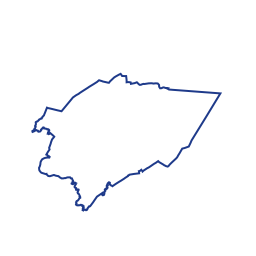 Kaunatas pag., Rezeknes, Latvia, rotated 154°
{"feature_id": "27541924B36939981885438", "entity_name": "Kaunatas pag.", "entity_type": "district", "adm_level": 2, "iso_a3": "LVA", "parent_name": "Latvia", "parent_adm1": "Rezeknes", "projection": "equal_earth", "projection_center": [27.649, 56.307], "detail": "fine", "context": "isolated", "style": "outline", "palette": "blue", "viewbox_px": 256, "rotation_deg": 154, "n_neighbors": 0, "source": "geoboundaries", "source_scale": "gbopen_adm2", "svg_char_len": 5520}
<svg xmlns="http://www.w3.org/2000/svg" viewBox="0 0 256 256"><g transform="rotate(154 128 128)"><path d="M100.0,165.2L102.3,165.4L106.0,166.4L105.6,167.8L106.7,168.6L108.0,169.3L109.2,169.7L108.2,171.8L106.9,175.5L110.5,177.3L110.6,178.3L110.9,179.9L112.9,179.9L116.5,179.7L118.3,179.5L122.4,178.2L123.8,177.8L125.2,177.0L125.8,177.3L130.3,180.9L130.8,181.5L133.1,183.6L134.4,183.3L135.4,183.0L139.8,182.5L145.1,182.0L146.3,181.8L153.2,181.0L156.3,180.6L157.5,180.3L158.6,180.3L160.3,180.2L164.1,179.6L165.0,179.2L165.6,178.9L172.0,176.0L180.4,172.2L181.2,172.8L181.5,173.1L183.5,174.7L189.0,179.3L191.3,181.1L191.9,181.8L196.6,177.5L197.0,177.2L197.9,176.3L198.2,176.1L199.9,175.6L200.4,175.0L200.6,175.0L200.8,174.8L201.1,174.7L201.3,174.5L201.6,174.7L201.8,174.7L202.0,174.5L202.4,174.7L203.5,174.5L204.0,174.6L204.5,174.4L204.6,174.2L204.8,174.1L205.2,174.1L206.3,173.6L206.8,173.6L207.0,173.8L208.3,173.7L208.5,173.5L208.9,172.2L209.3,171.5L210.3,170.9L210.3,170.5L210.6,170.2L210.4,170.0L210.5,169.8L210.4,169.7L210.5,169.5L210.8,169.4L211.0,169.2L211.2,168.9L211.4,168.8L211.5,168.7L211.8,168.5L211.9,168.3L212.4,168.4L212.8,167.9L213.1,167.7L213.7,167.3L215.9,167.2L215.7,167.1L215.7,166.9L215.5,166.7L215.4,166.5L215.4,166.3L213.2,166.2L212.4,166.5L211.1,166.2L210.8,165.6L210.8,165.4L210.6,165.1L210.1,164.9L210.1,164.5L210.2,164.0L210.1,163.9L209.8,163.8L209.5,163.9L208.8,163.4L207.9,163.6L206.6,164.4L206.7,164.7L204.0,165.7L203.5,165.4L203.5,165.0L203.6,164.6L203.6,164.4L203.1,164.3L203.0,164.1L202.9,164.1L202.7,163.7L201.6,163.0L201.3,162.7L201.2,162.1L200.6,161.9L200.6,162.0L200.1,161.7L199.8,160.9L200.7,160.0L200.4,159.8L201.3,159.1L201.9,159.0L202.6,158.1L202.2,157.9L201.9,157.2L200.6,157.2L200.1,157.5L198.7,154.3L198.2,152.9L198.1,152.5L201.3,151.0L201.7,150.6L202.0,150.3L203.5,148.9L204.3,147.9L207.6,144.7L207.9,143.1L210.7,141.5L213.0,139.9L212.8,139.7L212.5,139.5L212.3,139.3L212.3,139.1L212.5,138.5L212.5,138.4L212.2,138.0L211.9,137.8L211.6,137.3L211.3,137.1L211.3,136.8L211.1,136.4L211.7,135.9L213.4,136.8L215.7,137.5L217.0,137.6L218.9,137.5L220.5,136.5L221.3,135.9L221.9,135.1L222.9,133.5L224.2,132.1L225.4,131.2L226.1,129.3L226.2,128.8L226.2,128.5L225.9,127.0L225.7,126.2L225.4,125.8L225.1,125.4L221.9,122.4L221.4,122.4L221.5,122.0L220.7,119.8L219.3,118.9L215.3,118.3L215.1,118.2L213.9,116.9L212.1,115.5L211.6,115.2L210.9,113.4L210.6,113.1L209.8,111.8L208.3,111.1L207.0,110.8L206.3,110.4L204.2,110.2L202.2,109.3L201.6,108.9L201.5,107.9L200.5,107.3L200.6,105.7L200.5,104.8L200.7,104.6L200.8,104.2L201.3,104.1L201.7,103.7L201.8,103.5L201.9,103.3L202.2,103.1L202.9,102.9L203.0,102.9L203.1,102.7L202.9,102.4L202.3,101.7L202.1,101.6L201.7,101.7L201.3,102.0L201.0,102.2L200.4,102.2L200.0,102.4L199.7,102.3L199.3,101.7L199.9,101.8L200.2,101.6L200.1,101.3L199.7,100.7L200.0,100.4L200.0,100.2L199.9,100.1L201.5,99.0L201.7,98.7L201.9,98.3L201.9,97.9L201.0,96.9L200.9,96.6L200.9,96.4L201.0,96.2L201.6,95.8L201.7,95.4L201.7,95.1L201.4,95.0L199.7,94.6L199.4,94.4L199.4,94.2L199.6,93.9L201.0,92.8L201.5,92.4L201.6,92.2L201.6,91.6L201.7,91.3L201.7,91.1L201.4,90.9L201.2,90.7L201.1,89.8L201.1,89.6L201.1,88.0L201.6,87.6L201.2,87.0L201.5,86.2L202.6,86.1L203.6,85.4L204.7,84.9L204.9,84.8L206.2,84.8L206.5,84.6L206.4,84.4L206.5,84.3L207.0,84.0L207.2,83.5L207.5,83.4L207.4,82.5L207.4,82.4L207.7,82.0L207.9,82.0L208.2,82.1L208.3,82.0L208.2,81.8L208.2,81.6L208.0,81.4L207.8,81.1L207.7,80.8L206.5,80.2L205.9,80.2L205.3,79.7L204.9,79.6L204.4,79.7L204.1,79.7L203.7,79.4L203.2,78.9L202.7,78.5L202.7,78.3L202.3,77.4L202.4,77.2L202.5,77.2L202.4,77.1L203.5,76.5L203.3,76.5L203.3,76.4L203.1,76.4L203.1,76.5L203.0,76.4L203.1,76.2L203.1,75.9L202.9,75.9L203.1,75.8L203.0,75.7L202.9,75.6L203.1,75.4L203.4,75.1L204.1,75.0L204.4,75.0L204.8,74.9L204.6,74.9L204.5,74.6L204.3,74.6L204.5,74.4L204.3,74.2L204.5,74.0L204.2,73.8L204.2,73.6L203.9,73.7L203.6,73.6L203.4,73.7L202.4,73.5L201.8,72.5L201.2,72.4L201.1,72.6L200.9,72.7L200.4,72.7L200.3,72.8L200.3,73.0L199.8,73.1L199.7,73.3L199.3,73.7L198.9,73.8L198.7,74.0L197.3,74.6L197.1,74.3L196.4,74.3L196.1,74.4L193.2,75.9L192.0,76.5L190.3,77.5L186.0,79.9L179.7,80.8L180.5,79.3L180.2,78.6L179.8,78.5L179.7,78.6L179.4,78.5L179.0,78.4L178.0,79.3L177.9,79.9L177.6,80.6L177.1,80.7L176.9,81.2L176.2,81.3L176.1,82.0L175.9,82.8L175.4,83.1L173.9,83.1L174.0,82.6L173.3,82.8L173.0,82.9L172.5,83.5L172.9,84.3L171.6,85.1L172.2,85.6L170.5,87.1L169.0,87.6L168.7,87.4L168.3,86.8L168.6,86.3L169.3,85.4L168.8,85.2L168.5,83.9L167.5,82.8L168.3,82.4L163.6,83.1L159.1,83.6L157.6,83.7L153.4,84.2L152.5,84.4L149.2,84.8L149.2,85.0L148.9,85.2L148.3,85.3L147.4,85.2L147.1,85.4L142.5,84.0L137.9,82.4L137.7,83.1L137.2,83.7L137.1,84.4L136.1,84.2L134.5,84.6L134.5,84.1L134.0,83.6L134.0,82.5L132.7,82.9L127.9,83.5L127.1,83.4L124.8,83.7L122.2,84.1L120.2,84.4L118.4,84.5L115.4,85.0L114.9,83.5L114.5,83.0L112.2,79.5L111.7,78.5L111.2,78.0L110.6,77.1L109.2,75.9L108.1,76.1L106.9,76.7L105.6,77.2L103.8,77.8L97.9,79.6L97.0,80.0L96.7,80.1L94.7,81.5L92.9,82.6L90.4,84.3L88.3,85.7L86.0,85.2L81.5,84.7L78.3,87.2L76.4,88.9L52.7,103.9L29.8,118.6L74.3,144.6L74.6,145.1L74.5,145.5L74.4,145.7L74.7,145.7L74.9,145.8L74.7,146.1L74.8,146.4L75.5,146.6L75.5,146.9L75.7,147.0L76.2,147.2L76.7,147.5L77.4,148.2L77.8,148.6L78.2,148.9L78.9,149.1L79.6,149.1L80.5,149.1L81.7,149.6L81.9,151.0L81.9,151.5L81.2,153.1L81.7,154.9L82.1,155.2L83.5,156.0L85.7,156.8L87.0,157.8L89.7,159.0L93.5,160.2L94.3,160.5L94.8,160.9L95.5,161.0L95.8,161.1L97.4,161.2L98.5,161.6L99.0,162.4L100.0,165.2Z" fill="none" stroke="#1e3a8a" stroke-width="2"/></g></svg>